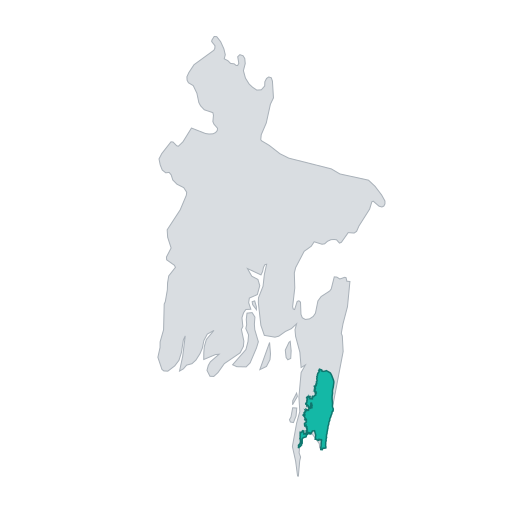 Bandarban, Chittagong, Bangladesh shown in context, rotated 16°
{"feature_id": "16705992B23463827258150", "entity_name": "Bandarban", "entity_type": "district", "adm_level": 2, "iso_a3": "BGD", "parent_name": "Bangladesh", "parent_adm1": "Chittagong", "projection": "equal_earth", "projection_center": [92.198, 21.77], "detail": "fine", "context": "in_parent", "style": "filled", "palette": "teal", "viewbox_px": 512, "rotation_deg": 16, "n_neighbors": 0, "source": "geoboundaries", "source_scale": "gbopen_adm2", "svg_char_len": 9537}
<svg xmlns="http://www.w3.org/2000/svg" viewBox="0 0 512 512"><g transform="rotate(16 256 256)"><path d="M187.5,365.0L187.5,352.4L181.0,327.5L181.4,324.8L180.1,312.9L178.4,306.2L177.6,299.2L181.7,289.1L180.1,287.4L171.2,284.3L170.2,281.7L172.2,271.7L165.9,262.3L163.4,255.3L170.4,232.6L172.3,216.8L171.8,213.8L167.7,210.2L160.3,208.8L155.1,205.9L152.1,201.4L149.5,199.6L146.3,200.9L142.2,199.2L138.8,194.8L136.0,189.4L137.2,183.5L142.8,169.7L144.8,169.3L149.4,171.9L151.1,171.9L154.3,166.4L158.7,150.8L173.7,152.2L177.2,151.7L181.0,150.4L183.1,148.5L184.2,146.0L183.8,143.8L179.3,140.9L177.5,138.7L176.3,132.4L175.0,130.1L166.0,129.7L161.3,126.9L158.8,124.3L154.3,115.8L148.7,109.5L143.3,108.1L141.3,106.0L140.2,102.8L140.9,98.1L143.7,89.2L158.8,69.8L159.2,67.7L158.6,65.2L154.3,62.1L154.1,60.6L155.3,56.5L157.8,56.0L162.9,59.7L168.0,65.7L171.0,71.0L171.1,75.2L175.1,76.0L178.5,77.9L182.0,77.3L184.3,78.3L185.8,78.0L186.4,75.6L183.5,69.5L185.0,66.9L188.4,67.1L190.8,69.3L192.6,74.0L192.8,81.3L196.8,87.9L202.0,92.6L206.1,94.7L211.0,96.3L215.3,94.8L217.5,90.2L216.5,86.1L217.2,82.4L218.9,80.4L221.6,80.5L223.6,83.4L229.2,99.2L228.0,106.1L229.2,125.3L227.6,138.0L228.5,142.8L229.5,143.7L238.2,146.0L250.8,151.1L260.5,152.9L304.4,151.5L314.0,154.0L343.2,152.1L351.2,156.2L359.9,162.7L364.8,167.6L365.6,170.4L365.1,172.8L363.5,174.2L360.5,174.2L353.6,171.0L352.4,172.0L352.3,179.6L346.7,198.7L345.9,204.6L344.0,206.9L338.2,208.1L334.3,219.3L332.7,220.6L328.9,218.2L326.6,218.6L323.6,219.6L320.6,222.2L318.6,225.4L316.2,226.5L308.0,226.3L306.4,231.4L301.0,238.2L297.3,256.2L297.5,261.7L302.1,276.1L305.2,294.8L306.4,296.7L307.9,296.8L308.1,288.3L309.6,287.2L311.5,288.1L315.3,299.7L317.5,302.6L320.9,303.4L324.8,301.7L327.7,298.3L328.9,294.6L327.9,282.1L329.8,277.0L336.5,269.3L337.4,267.0L337.0,254.5L339.5,254.0L342.9,255.0L347.2,252.0L348.5,252.0L350.3,255.2L353.3,254.6L357.9,279.5L358.3,297.2L359.3,306.9L361.0,309.1L366.1,323.8L370.8,375.7L371.4,408.7L373.4,419.9L371.8,422.4L370.1,422.9L368.6,419.0L357.8,410.6L355.1,411.4L351.4,416.3L349.9,420.8L350.5,427.2L351.7,433.4L354.3,437.0L354.5,441.0L357.4,455.9L356.6,456.0L350.7,442.4L343.5,429.1L341.1,405.2L341.0,393.5L336.1,379.7L331.5,355.6L333.5,347.1L330.1,350.8L324.7,336.4L316.2,322.3L313.8,316.1L313.7,310.0L310.0,316.1L305.1,320.4L300.0,326.8L296.6,328.8L285.9,330.0L279.8,321.3L271.1,300.2L269.9,295.5L271.1,283.1L269.1,271.3L268.5,261.0L266.9,261.9L266.3,264.8L266.6,269.1L266.0,272.8L251.2,270.4L257.5,276.6L264.3,278.0L267.8,283.5L267.9,292.7L261.2,298.3L261.8,302.9L265.7,308.6L261.0,310.2L259.7,313.9L259.5,319.2L262.8,327.4L262.2,330.6L267.8,341.2L268.8,346.3L267.4,353.5L255.2,368.2L251.6,378.5L248.6,383.4L244.9,384.3L240.4,379.4L240.3,374.3L241.3,370.3L247.6,360.6L244.2,361.9L234.3,369.9L232.5,363.4L231.3,357.4L231.3,350.0L236.1,339.1L230.7,344.5L229.2,351.4L229.8,359.5L229.1,365.2L226.9,372.7L224.1,377.2L219.4,380.0L217.3,384.5L214.2,387.7L213.2,372.7L210.0,352.3L209.3,356.7L210.9,369.3L210.7,377.5L208.2,384.0L203.0,391.0L199.1,391.9L196.8,390.9L189.6,380.4L189.0,370.5L187.5,365.0ZM277.1,365.3L268.1,367.7L263.5,367.0L272.1,348.7L271.9,340.5L270.6,333.9L266.2,328.5L266.0,324.7L264.1,319.5L263.1,313.4L267.9,311.5L271.8,315.0L273.2,321.9L275.1,327.1L281.9,337.8L281.8,344.3L279.8,360.4L277.1,365.3ZM296.5,359.3L291.0,364.2L292.9,335.4L296.9,346.1L298.0,351.8L296.5,359.3ZM317.6,344.9L315.2,347.0L312.9,345.2L310.1,338.4L311.5,329.9L312.4,328.6L315.9,337.4L317.6,344.9ZM337.9,405.8L334.8,406.1L333.3,404.1L334.0,401.2L333.1,391.8L337.1,390.9L338.6,398.7L337.9,405.8ZM334.5,379.6L332.1,388.9L331.2,384.8L332.8,376.6L334.5,379.6ZM270.3,304.6L271.2,307.5L266.2,303.7L264.9,301.0L267.1,299.5L270.3,304.6Z" fill="#d9dde1" stroke="#a8b0b8" stroke-width="1"/><path d="M372.5,381.8L371.6,380.7L371.0,379.7L370.6,378.3L370.2,376.6L368.5,372.3L367.8,369.8L367.4,366.8L366.8,365.1L366.5,363.6L366.4,360.8L365.7,356.2L365.3,355.0L364.5,353.7L361.4,349.6L359.9,348.1L359.4,347.8L355.2,346.8L354.3,347.6L352.2,348.5L351.4,348.5L350.7,348.4L350.7,348.0L350.8,347.6L350.4,347.4L348.2,347.3L348.1,348.2L348.0,348.4L348.4,348.4L348.5,348.3L348.6,349.0L348.5,349.6L348.4,349.5L348.3,350.9L347.7,351.6L347.8,352.0L347.7,353.0L348.0,353.5L347.9,353.9L347.9,354.8L347.7,355.2L348.1,355.9L348.3,356.1L348.2,356.3L348.2,357.2L348.4,357.5L348.5,357.9L348.7,358.1L349.1,358.8L349.0,359.1L349.1,359.3L348.7,360.0L349.0,360.4L349.0,361.2L349.3,361.3L349.5,361.7L348.9,362.6L349.0,362.9L349.3,363.0L349.2,363.2L349.5,363.3L349.6,363.7L349.4,364.2L348.8,364.5L348.7,364.9L348.4,365.0L348.3,364.8L347.9,365.1L348.1,365.4L349.1,365.6L349.0,366.0L348.7,366.3L348.7,366.7L349.1,366.6L349.1,366.8L349.7,367.1L349.7,367.5L349.3,367.8L349.3,368.1L349.0,368.5L349.5,368.9L349.4,369.1L349.6,369.0L349.8,369.8L350.0,369.5L350.6,369.8L350.7,370.2L351.1,370.2L351.0,370.9L351.6,370.9L351.8,371.1L351.7,371.5L351.1,371.5L351.0,372.3L351.5,372.6L351.5,373.0L351.7,373.3L350.7,374.2L350.5,374.8L350.8,374.8L350.3,375.0L350.1,375.1L350.2,375.3L350.0,375.5L349.8,375.4L349.6,375.6L349.6,375.2L349.2,375.1L348.9,375.3L348.8,375.5L349.0,375.7L349.0,376.2L349.2,376.7L349.5,377.4L349.6,377.8L349.3,377.9L349.1,377.7L348.4,378.0L348.2,377.8L348.0,378.1L347.7,378.1L347.3,378.4L346.8,377.9L346.7,377.5L346.4,377.3L346.4,376.9L346.6,376.8L346.5,376.5L346.8,376.3L346.7,376.1L346.2,376.3L346.1,376.7L345.7,377.0L345.5,376.7L345.5,376.9L345.2,376.7L344.8,377.0L344.5,376.8L343.7,377.9L343.7,378.3L344.3,378.4L344.3,378.7L344.5,378.9L344.5,379.2L344.8,379.3L344.7,380.1L344.9,380.1L344.8,380.4L345.0,381.1L344.8,381.4L345.0,381.7L345.2,382.7L345.1,383.1L344.8,383.2L344.6,383.7L344.8,383.8L344.5,384.2L344.8,384.8L345.3,384.8L345.6,385.0L345.9,384.9L345.9,385.4L346.2,386.0L346.3,385.8L347.0,385.9L347.0,385.7L347.4,385.5L347.9,386.4L348.0,386.9L348.3,387.0L348.8,386.9L349.2,387.2L349.2,386.9L349.6,386.6L349.6,386.2L349.9,386.1L350.0,386.2L350.1,386.9L350.4,387.1L350.5,386.8L350.2,385.8L350.2,385.5L349.9,385.1L350.0,384.7L349.8,384.5L349.9,384.0L349.7,383.5L349.4,383.3L349.3,382.6L349.3,382.3L349.9,382.1L350.2,382.7L350.1,383.2L349.9,383.0L350.2,383.4L350.3,384.1L350.5,383.8L350.8,383.7L351.0,384.2L351.2,384.3L351.1,385.1L351.3,385.9L351.6,386.4L351.2,386.6L350.9,386.6L350.9,386.4L350.7,386.5L350.6,387.2L350.4,387.3L350.0,386.9L350.0,386.2L349.7,386.2L349.7,386.7L349.3,386.9L349.2,387.3L348.9,387.6L348.9,388.1L348.7,389.0L348.6,389.3L348.7,389.5L348.9,389.5L349.0,389.7L348.8,390.0L348.1,389.9L347.8,390.1L347.8,389.9L346.6,389.6L346.9,390.1L346.4,390.0L346.3,390.3L346.5,390.5L346.7,391.2L346.6,391.3L346.1,391.1L346.5,391.6L346.5,392.0L346.2,391.9L346.0,392.1L345.9,392.3L346.0,392.7L345.9,392.8L345.7,392.8L345.4,393.2L345.7,393.6L345.8,393.5L345.9,394.1L345.8,394.3L346.1,394.3L346.1,394.5L346.4,394.8L346.2,394.8L346.2,395.1L345.8,395.3L346.4,395.5L346.5,395.9L345.7,396.3L346.1,396.5L346.4,397.0L347.0,397.2L347.3,397.7L347.9,398.1L348.1,398.9L347.9,399.3L348.2,399.4L348.2,399.7L348.9,399.3L349.0,399.0L349.3,399.0L349.6,399.4L349.6,400.0L349.3,400.2L349.6,400.3L349.5,400.5L349.8,401.3L350.2,401.6L349.8,402.5L349.2,403.0L349.0,403.4L348.8,403.5L348.9,404.1L349.2,404.8L349.4,405.0L349.4,405.4L349.7,405.9L350.1,405.5L350.0,405.9L350.2,406.3L350.2,405.7L350.5,405.6L350.6,405.3L351.0,405.4L351.1,406.2L351.4,406.0L351.9,406.1L351.8,406.5L352.2,406.8L352.1,407.6L352.4,407.9L352.5,407.6L352.7,407.9L352.9,408.1L353.0,408.3L352.9,408.6L353.1,409.1L353.0,409.4L353.2,409.7L352.8,409.6L352.8,410.0L352.5,410.1L352.7,410.5L352.7,411.3L353.1,411.5L352.9,412.4L353.4,412.8L353.3,413.3L352.8,413.5L352.0,413.3L351.7,413.7L351.1,414.0L350.9,413.5L350.9,413.2L350.7,412.9L350.3,411.5L350.1,411.7L349.9,411.1L349.3,411.3L349.1,411.1L348.7,411.6L348.7,412.1L348.7,412.5L348.2,412.9L348.0,413.4L347.8,413.4L347.7,413.1L347.1,413.3L347.3,413.6L347.4,414.7L347.8,415.7L348.0,416.9L348.3,417.3L348.5,418.5L348.5,418.8L348.6,418.7L348.7,418.9L348.8,419.5L349.3,420.4L349.5,420.4L349.5,421.1L349.8,421.4L349.7,421.6L350.0,422.0L349.9,422.3L350.0,422.5L350.5,422.3L350.6,422.7L350.4,422.8L350.5,423.2L350.0,423.6L350.1,423.8L349.9,424.5L349.9,424.9L349.4,425.3L349.4,425.7L349.2,425.9L349.3,426.1L349.2,426.2L349.4,426.3L349.3,426.6L349.4,426.8L349.4,427.3L349.6,427.4L349.5,428.0L349.6,428.4L349.9,428.4L350.1,427.8L351.0,426.9L351.3,426.4L351.5,425.6L351.9,425.1L351.5,424.0L352.0,423.3L350.8,419.0L351.6,417.6L354.0,416.0L353.9,414.1L354.6,413.3L354.6,411.4L355.7,411.2L356.0,412.0L356.3,411.7L356.6,412.1L356.9,411.8L357.7,412.0L357.7,411.9L357.7,411.5L357.5,411.1L357.9,411.1L358.1,410.8L358.4,408.7L360.4,407.8L362.8,411.7L363.4,415.8L364.5,415.5L366.5,416.1L367.2,415.9L367.0,414.9L368.3,414.7L368.4,414.9L368.7,415.0L369.1,414.8L369.4,414.5L369.6,414.5L369.9,415.3L369.8,415.9L370.0,416.4L370.1,417.4L370.4,418.0L370.3,418.6L370.5,419.0L370.9,420.4L371.0,421.2L371.0,421.6L371.1,422.3L371.3,422.8L371.6,424.2L372.4,424.1L372.6,424.0L372.6,423.8L373.0,423.8L372.9,423.4L373.3,422.9L373.3,422.5L373.5,422.5L374.0,422.1L374.3,422.0L374.5,422.0L376.0,421.3L375.9,420.5L375.1,418.9L374.7,417.0L374.4,416.3L374.3,415.0L374.4,414.3L374.0,413.4L373.8,412.0L373.9,411.3L373.8,411.2L373.8,410.8L373.6,410.7L373.4,410.1L373.4,409.7L373.0,408.1L373.2,407.6L373.2,407.2L372.8,405.3L372.8,404.2L372.6,403.1L372.6,401.5L372.2,400.5L372.2,398.9L372.3,397.8L371.9,395.6L372.2,393.7L372.1,393.1L371.8,392.2L372.0,390.9L372.2,390.3L372.0,389.4L372.2,389.2L372.1,388.6L372.4,386.8L372.3,385.9L372.2,385.8L372.2,384.3L372.9,383.7L372.8,383.4L372.6,383.2L372.5,381.8Z" fill="#14b8a6" stroke="#0f766e" stroke-width="1.5"/></g></svg>